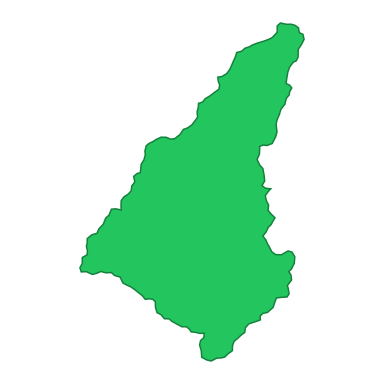 Igaratá, São Paulo, Brazil (Mercator projection)
{"feature_id": "56859067B80175749845974", "entity_name": "Igaratá", "entity_type": "district", "adm_level": 2, "iso_a3": "BRA", "parent_name": "Brazil", "parent_adm1": "São Paulo", "projection": "mercator", "projection_center": [-46.144, -23.122], "detail": "fine", "context": "isolated", "style": "filled", "palette": "green", "viewbox_px": 384, "rotation_deg": 0, "n_neighbors": 0, "source": "geoboundaries", "source_scale": "gbopen_adm2", "svg_char_len": 2625}
<svg xmlns="http://www.w3.org/2000/svg" viewBox="0 0 384 384"><path d="M286.6,24.3L280.4,23.0L277.2,25.9L277.2,32.3L274.8,34.8L272.4,37.4L269.3,39.1L264.0,41.1L257.6,43.0L252.6,44.9L249.4,46.8L245.0,48.2L241.5,51.3L236.7,52.5L235.5,56.6L233.1,61.8L231.4,65.9L229.9,69.2L226.7,73.6L221.5,76.7L217.8,77.1L218.3,81.4L219.7,85.1L218.8,89.3L215.1,91.9L209.9,95.9L205.3,98.6L202.6,102.1L198.5,103.3L198.3,107.3L197.1,111.8L197.6,117.2L195.1,120.7L191.7,125.0L187.4,128.0L183.4,129.4L180.0,134.5L174.8,138.6L170.9,139.2L166.2,137.3L161.0,137.2L156.3,139.4L153.0,141.5L149.1,143.4L146.3,145.7L144.9,151.0L145.3,154.9L143.9,159.9L141.2,164.3L140.7,169.0L140.3,172.7L137.1,173.5L133.7,176.4L134.8,182.0L131.8,185.9L131.2,190.8L128.3,194.0L123.7,197.1L121.2,200.7L121.0,206.1L121.2,210.0L115.7,208.8L111.4,209.2L109.1,215.0L105.7,218.1L103.2,224.3L98.8,229.0L97.0,233.3L91.8,234.8L87.2,238.6L87.2,242.8L86.4,246.3L87.4,250.5L87.2,254.7L82.3,257.5L82.3,263.3L79.9,267.8L81.2,271.9L86.4,271.7L92.3,274.4L96.8,273.3L100.9,271.5L105.9,272.8L111.4,272.6L114.6,275.5L120.1,277.1L123.0,283.1L127.1,285.2L130.7,286.8L135.1,289.9L139.4,293.4L142.3,295.6L145.3,299.4L148.9,298.8L152.6,299.2L155.3,301.7L155.5,307.6L157.0,312.6L161.2,314.8L164.3,318.7L169.2,318.9L171.7,321.2L176.1,323.7L181.9,326.8L186.4,326.8L189.2,329.0L191.2,331.9L195.4,332.3L199.7,333.4L204.2,333.3L203.8,337.7L200.6,340.5L199.6,344.9L201.3,351.0L201.7,357.3L206.9,360.0L211.2,361.0L216.9,358.1L221.3,357.9L224.7,357.1L228.3,353.6L232.4,350.7L232.5,345.7L234.1,341.4L238.4,337.7L241.7,334.6L244.7,332.6L245.4,327.7L248.8,323.9L253.1,322.4L257.0,321.2L260.4,319.9L260.1,316.2L262.9,313.4L267.4,312.5L273.1,307.4L275.0,301.6L276.5,297.9L281.8,297.3L287.0,297.0L289.1,293.8L288.4,289.2L287.4,285.5L289.5,282.7L291.6,280.0L290.9,274.8L288.8,271.5L291.4,269.1L294.3,263.3L294.8,256.7L292.0,252.1L288.1,250.9L281.3,254.8L275.7,254.6L271.7,251.7L269.5,247.2L267.4,243.7L266.0,240.2L262.9,236.1L266.0,232.1L268.3,227.4L271.3,224.3L272.9,221.2L275.0,217.8L271.1,214.0L268.1,210.4L268.6,205.1L266.3,200.5L265.3,195.6L268.3,191.4L270.8,188.8L265.4,188.2L262.0,185.6L264.7,181.0L264.2,176.0L262.9,168.6L259.9,165.3L257.0,159.5L259.4,154.3L259.6,150.4L259.7,146.3L263.1,145.1L267.0,145.5L272.2,143.5L275.6,137.0L277.0,132.0L276.5,127.9L276.1,123.8L277.3,119.2L279.3,114.7L280.9,109.3L284.9,104.2L286.3,98.4L289.1,95.0L289.8,91.4L291.8,88.0L289.7,85.2L286.1,83.5L286.8,78.1L287.9,71.8L289.8,66.8L293.2,62.3L296.3,60.8L298.1,57.0L298.2,49.5L301.6,44.3L304.1,39.3L302.9,34.2L299.3,32.7L298.4,27.7L295.0,25.3L291.1,24.2L286.6,24.3Z" fill="#22c55e" stroke="#15803d" stroke-width="1.5"/></svg>